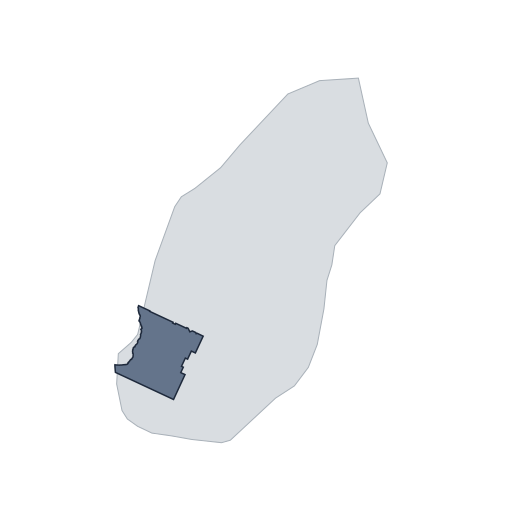 96, Ar Rayyān, Qatar shown in context, rotated 25°
{"feature_id": "91078587B9070844542382", "entity_name": "96", "entity_type": "district", "adm_level": 2, "iso_a3": "QAT", "parent_name": "Qatar", "parent_adm1": "Ar Rayyān", "projection": "robinson", "projection_center": [50.859, 24.856], "detail": "fine", "context": "in_parent", "style": "filled", "palette": "slate", "viewbox_px": 512, "rotation_deg": 25, "n_neighbors": 0, "source": "geoboundaries", "source_scale": "gbopen_adm2", "svg_char_len": 4092}
<svg xmlns="http://www.w3.org/2000/svg" viewBox="0 0 512 512"><g transform="rotate(25 256 256)"><path d="M275.1,449.5L255.2,454.8L236.5,460.5L220.8,460.4L208.3,458.1L199.9,452.7L183.8,430.9L172.5,402.7L179.5,386.9L181.9,377.1L166.5,302.7L161.5,245.6L163.3,233.9L172.1,220.4L186.7,190.7L194.5,162.0L216.4,95.7L239.5,70.2L273.6,51.5L301.6,88.1L335.6,116.1L342.1,147.3L332.1,172.8L323.0,213.3L328.5,232.0L330.6,248.1L339.9,275.2L348.9,310.3L350.5,334.8L345.7,357.5L333.8,376.5L310.6,433.8L303.6,439.8L275.1,449.5Z" fill="#d9dde1" stroke="#a8b0b8" stroke-width="1"/><path d="M241.9,420.9L241.8,393.5L237.1,393.5L237.1,387.5L235.1,387.5L235.1,378.4L237.6,378.4L237.6,369.5L242.0,369.5L242.0,351.0L235.4,350.9L234.6,351.7L233.8,350.8L230.0,350.8L228.1,352.7L225.0,350.2L223.6,350.2L223.6,350.9L211.7,350.9L211.7,352.0L208.8,352.0L208.8,351.1L183.0,351.1L183.0,350.6L170.6,350.6L170.6,350.9L170.8,351.2L170.7,351.7L170.8,352.1L170.9,352.7L171.0,352.7L171.1,352.8L171.4,353.0L171.5,353.1L171.8,354.0L172.0,354.2L172.2,354.7L172.2,354.8L172.4,355.2L172.5,355.4L172.8,355.5L173.0,355.8L173.1,356.0L173.3,356.3L173.6,356.7L173.7,356.8L173.9,356.9L174.0,357.2L174.2,357.3L174.3,357.5L174.5,357.6L174.6,357.9L175.0,358.0L175.3,358.2L175.4,358.3L175.5,358.5L176.0,358.7L176.0,358.9L176.1,359.0L176.4,359.2L176.6,359.5L176.7,359.8L176.7,360.0L176.7,360.7L177.0,361.2L177.0,361.4L177.1,361.6L177.1,362.3L177.2,362.5L177.2,363.2L177.2,363.3L177.3,364.0L177.6,364.0L177.6,364.4L177.7,364.5L178.0,364.6L178.4,364.7L178.5,364.8L178.7,365.0L179.0,365.2L179.2,365.3L179.4,365.5L179.5,365.6L179.6,365.8L179.8,365.9L179.9,366.0L180.0,366.2L180.0,366.3L180.3,366.6L180.4,366.8L180.6,366.8L180.8,367.0L181.0,367.4L181.3,367.5L181.5,367.8L181.8,367.9L181.8,368.0L182.0,368.0L182.4,368.5L182.5,368.7L182.6,368.8L182.8,369.0L183.0,369.3L182.9,369.3L182.8,370.5L182.7,371.1L182.8,371.1L183.0,371.3L183.3,371.4L183.4,371.5L183.5,371.5L183.6,371.8L183.6,372.0L183.7,372.3L183.8,372.5L184.0,372.6L184.1,372.9L184.3,373.0L184.4,373.5L184.4,373.9L184.4,374.0L184.5,374.0L184.6,374.8L184.5,375.2L184.5,376.0L184.8,376.3L184.9,376.5L185.2,377.3L185.3,377.5L185.3,377.9L185.5,378.4L185.5,378.5L185.5,378.9L185.6,379.0L185.6,379.6L185.6,379.9L185.5,380.1L185.5,380.3L185.3,380.4L185.2,380.5L184.8,381.1L184.8,382.2L184.7,382.6L184.6,382.8L184.7,383.2L184.7,383.3L184.9,383.3L185.0,383.5L185.2,383.8L185.3,384.2L185.3,384.7L185.3,384.8L185.4,385.2L185.4,385.3L185.4,385.5L185.2,386.0L185.0,386.6L184.9,386.8L184.7,387.2L184.6,387.3L184.6,387.6L184.5,388.0L184.4,388.1L184.4,388.3L184.5,388.5L184.6,389.3L184.4,389.3L184.3,389.7L184.2,389.7L184.1,390.0L183.8,390.3L183.7,390.5L183.6,391.1L183.8,391.3L183.8,392.2L183.9,392.4L183.9,392.8L184.0,392.8L184.0,393.2L184.2,393.5L184.2,394.1L184.3,394.2L184.3,394.3L184.4,394.5L184.5,394.7L184.5,394.8L184.7,395.0L184.8,395.2L184.9,395.3L185.0,395.4L185.0,395.6L185.2,395.8L185.3,396.2L185.6,396.2L185.7,396.3L185.9,396.4L186.0,396.5L186.1,396.8L186.3,397.1L186.4,397.4L186.5,397.6L186.5,397.8L186.7,398.1L186.9,398.5L186.9,398.8L187.0,398.9L187.0,399.0L187.2,399.6L187.2,399.8L187.1,400.2L187.0,400.3L187.0,400.6L187.0,400.8L187.0,401.0L187.0,401.3L187.0,401.5L186.9,401.5L186.8,401.8L186.8,402.0L186.8,402.3L186.7,402.3L186.6,402.5L186.4,402.6L186.2,402.7L186.2,402.8L186.1,403.0L186.0,403.4L186.0,403.6L186.0,403.8L185.9,404.3L185.9,404.6L185.8,404.8L185.7,405.0L185.6,405.9L185.4,406.0L185.4,406.3L185.2,406.4L185.1,407.0L185.2,407.3L185.4,407.3L185.4,407.6L185.3,408.0L185.2,408.0L185.1,408.3L184.8,408.8L184.7,408.8L184.6,409.0L184.4,409.1L184.1,409.3L183.8,409.5L183.6,409.5L183.4,409.8L183.1,409.9L183.0,410.0L182.8,410.0L182.5,410.2L182.4,410.2L182.1,410.4L181.8,410.6L181.6,410.7L181.5,410.8L181.4,410.8L181.2,411.0L180.9,411.2L180.7,411.3L180.5,411.5L180.3,411.6L179.8,411.8L179.0,412.2L178.8,412.4L178.7,412.4L178.3,412.6L178.1,412.7L177.8,412.8L177.6,412.9L177.2,413.1L175.9,413.6L175.4,413.8L175.1,413.9L174.8,414.0L174.4,414.2L174.1,414.2L174.1,414.3L175.2,416.4L176.4,418.5L176.6,418.9L177.8,420.9L241.9,420.9Z" fill="#64748b" stroke="#1e293b" stroke-width="1.5"/></g></svg>